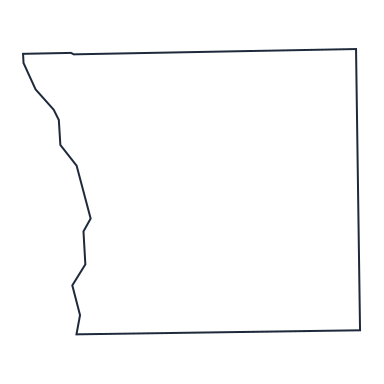 Butler, Nebraska, United States of America, rotated 269°
{"feature_id": "52423323B7887140210254", "entity_name": "Butler", "entity_type": "district", "adm_level": 2, "iso_a3": "USA", "parent_name": "United States of America", "parent_adm1": "Nebraska", "projection": "albers", "projection_center": [-97.07, 41.251], "detail": "fine", "context": "isolated", "style": "outline", "palette": "slate", "viewbox_px": 384, "rotation_deg": 269, "n_neighbors": 0, "source": "geoboundaries", "source_scale": "gbopen_adm2", "svg_char_len": 387}
<svg xmlns="http://www.w3.org/2000/svg" viewBox="0 0 384 384"><g transform="rotate(269 192 192)"><path d="M330.6,358.5L332.1,358.5L331.7,76.1L333.2,73.5L333.1,28.0L333.1,25.5L323.9,25.8L297.3,37.4L276.6,55.2L266.3,60.1L241.3,61.2L220.3,77.1L167.2,90.2L154.5,82.8L121.5,84.1L100.7,70.7L70.8,77.9L51.7,74.0L50.8,357.6L330.6,358.5Z" fill="none" stroke="#1e293b" stroke-width="2"/></g></svg>